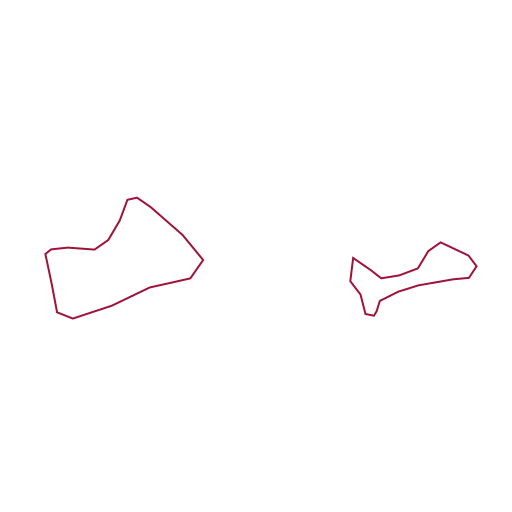 Manu'a, American Samoa, United States of America (Albers equal-area conic projection), rotated 162°
{"feature_id": "52423323B93715825211285", "entity_name": "Manu'a", "entity_type": "district", "adm_level": 2, "iso_a3": "USA", "parent_name": "United States of America", "parent_adm1": "American Samoa", "projection": "albers", "projection_center": [-169.56, -14.213], "detail": "fine", "context": "isolated", "style": "outline", "palette": "rose", "viewbox_px": 512, "rotation_deg": 162, "n_neighbors": 0, "source": "geoboundaries", "source_scale": "gbopen_adm2", "svg_char_len": 616}
<svg xmlns="http://www.w3.org/2000/svg" viewBox="0 0 512 512"><g transform="rotate(162 256 256)"><path d="M307.5,268.5L319.3,298.6L341.1,335.1L351.1,348.2L360.9,349.2L374.5,332.0L391.5,316.9L407.6,312.0L432.3,322.1L448.7,325.6L455.7,323.0L459.0,291.8L462.6,263.9L449.5,253.1L408.5,253.3L366.8,258.9L325.4,255.0L307.5,268.5ZM49.4,178.1L53.8,190.8L76.2,211.9L90.6,207.4L105.9,194.2L125.8,193.3L143.8,196.1L151.3,207.2L164.2,224.1L174.1,202.9L168.5,187.0L169.8,167.0L162.3,162.8L158.4,166.1L152.1,175.0L131.9,178.1L110.4,177.9L75.7,172.9L60.2,169.4L49.4,178.1Z" fill="none" stroke="#9f1239" stroke-width="2"/></g></svg>